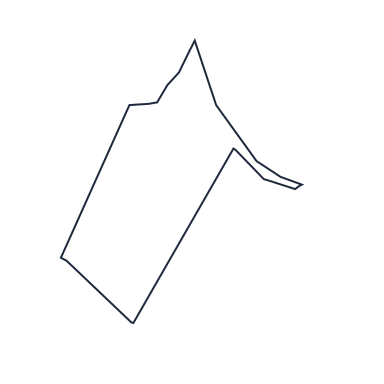 La Pearle, Soufrière, Saint Lucia, rotated 200°
{"feature_id": "8701671B37327912911660", "entity_name": "La Pearle", "entity_type": "district", "adm_level": 2, "iso_a3": "LCA", "parent_name": "Saint Lucia", "parent_adm1": "Soufrière", "projection": "orthographic", "projection_center": [-61.048, 13.857], "detail": "fine", "context": "isolated", "style": "outline", "palette": "slate", "viewbox_px": 384, "rotation_deg": 200, "n_neighbors": 0, "source": "geoboundaries", "source_scale": "gbopen_adm2", "svg_char_len": 481}
<svg xmlns="http://www.w3.org/2000/svg" viewBox="0 0 384 384"><g transform="rotate(200 192 192)"><path d="M202.3,48.8L167.9,247.0L167.5,246.9L165.6,246.5L129.0,228.7L120.8,229.1L96.1,230.0L93.3,234.3L91.3,236.5L114.0,236.5L141.9,243.1L199.0,281.9L241.2,335.2L242.6,324.0L245.2,299.7L247.7,293.7L251.7,284.1L255.4,264.3L262.9,260.0L277.1,253.8L280.5,252.2L281.1,244.7L292.7,85.4L286.4,84.5L253.6,70.2L204.6,48.8L202.3,48.8Z" fill="none" stroke="#1e293b" stroke-width="2"/></g></svg>